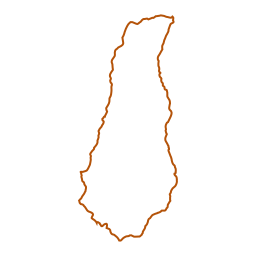 Ancuya, Nariño, Colombia
{"feature_id": "7082276B24246563186016", "entity_name": "Ancuya", "entity_type": "district", "adm_level": 2, "iso_a3": "COL", "parent_name": "Colombia", "parent_adm1": "Nariño", "projection": "natural_earth1", "projection_center": [-77.527, 1.251], "detail": "fine", "context": "isolated", "style": "outline", "palette": "amber", "viewbox_px": 256, "rotation_deg": 0, "n_neighbors": 0, "source": "geoboundaries", "source_scale": "gbopen_adm2", "svg_char_len": 5816}
<svg xmlns="http://www.w3.org/2000/svg" viewBox="0 0 256 256"><path d="M172.4,16.6L171.8,17.3L171.4,17.6L170.5,17.7L169.4,17.5L167.9,17.1L166.3,16.8L164.0,15.9L161.0,15.4L160.6,15.4L159.7,15.7L156.5,16.2L155.8,16.2L153.5,17.9L153.2,17.9L152.6,17.8L152.3,17.8L148.4,19.4L148.2,19.3L147.4,18.7L147.0,18.6L146.3,18.7L144.7,19.0L143.9,19.0L143.3,19.1L142.0,20.1L141.0,21.4L140.4,22.0L139.6,22.4L138.4,23.5L137.5,23.9L137.3,24.0L136.1,23.7L132.5,22.2L131.6,22.1L130.5,22.1L129.1,23.4L128.5,24.0L127.4,25.7L125.9,28.7L124.6,32.2L124.3,33.4L123.7,35.1L123.0,36.6L122.4,37.5L123.2,42.6L123.2,43.5L123.0,44.1L122.4,45.0L121.9,45.4L121.1,46.0L118.4,47.4L117.8,47.9L117.3,48.6L116.1,49.4L115.4,50.2L115.1,50.9L114.8,52.6L114.9,54.6L114.8,55.6L114.7,56.0L114.0,57.1L112.2,59.7L111.8,60.8L111.7,61.5L111.7,62.2L112.4,64.3L112.6,67.3L112.8,68.9L112.9,69.7L112.8,70.0L111.3,72.1L110.2,74.1L110.0,74.9L109.9,75.7L110.0,76.5L110.7,77.9L110.9,78.7L110.8,79.1L110.2,80.4L110.3,81.4L110.5,82.1L110.8,82.7L111.6,83.5L111.7,83.8L111.9,84.4L111.8,85.4L111.5,86.3L111.4,87.2L111.5,90.1L111.4,91.8L111.1,94.3L110.7,95.9L109.5,98.3L109.4,101.3L109.2,102.3L108.8,103.6L107.8,105.5L106.3,107.9L106.2,108.4L106.3,109.0L106.5,110.2L107.0,111.3L107.1,111.6L107.0,111.9L106.3,113.4L105.7,114.6L105.1,115.7L104.9,116.6L104.5,116.5L104.1,116.7L103.9,116.9L103.4,117.8L102.3,119.0L102.5,120.2L103.4,121.1L103.7,121.6L103.7,122.0L103.4,123.2L102.9,124.2L102.2,125.1L101.5,126.7L99.7,128.8L98.6,130.9L98.6,131.4L99.1,133.0L99.1,133.5L98.8,134.6L98.4,135.7L98.6,137.3L98.0,139.3L97.5,140.4L97.5,142.3L97.3,143.1L97.1,143.7L96.2,145.2L95.0,146.7L94.1,147.7L94.0,148.0L94.1,148.7L93.8,149.3L92.0,151.2L90.6,153.2L90.4,153.6L90.2,154.0L90.2,154.4L90.3,154.7L90.9,155.9L90.9,156.3L90.6,157.7L90.8,159.7L90.5,161.7L90.0,164.3L89.7,165.2L88.4,167.9L87.8,169.0L87.3,169.8L86.7,170.5L85.7,171.0L82.7,171.9L80.9,171.8L80.7,171.9L80.7,172.1L80.8,172.4L81.2,173.2L81.2,173.8L81.6,175.2L81.7,175.5L81.4,176.5L81.4,176.9L81.7,178.0L82.0,179.1L82.1,180.0L82.2,180.6L82.4,181.1L82.7,181.5L83.6,182.1L83.9,182.4L84.2,183.3L84.3,184.0L84.4,184.4L84.7,184.9L85.9,186.6L86.0,187.2L85.9,188.9L85.6,189.9L85.5,191.1L85.3,191.5L84.8,192.2L84.6,192.8L84.0,193.9L82.2,196.4L81.2,198.4L79.9,199.6L79.1,200.6L79.3,201.1L79.6,202.4L79.7,202.8L80.7,204.0L80.9,204.1L82.0,204.3L82.9,204.7L83.4,205.1L83.7,205.5L84.0,206.0L85.0,207.0L87.2,210.4L88.0,211.1L88.6,211.5L89.8,211.9L91.6,212.7L92.6,213.5L92.9,214.2L93.0,214.5L92.9,214.9L92.8,215.4L92.3,216.2L91.7,217.6L91.7,217.9L91.7,218.1L92.2,218.6L94.3,220.0L95.1,220.7L96.2,221.9L96.7,222.9L96.8,222.3L97.3,222.1L97.8,222.1L98.5,222.5L99.8,223.4L100.0,224.2L100.2,224.4L100.4,224.5L100.8,225.3L101.2,225.9L101.4,226.1L101.8,226.2L102.4,226.1L104.0,224.6L104.6,224.2L105.9,223.8L106.4,223.8L106.7,224.0L106.9,224.4L107.0,225.1L107.0,225.6L106.6,228.0L109.2,229.0L109.7,229.5L110.2,230.2L110.3,231.1L110.6,232.1L111.2,233.3L111.6,233.8L112.2,234.2L112.7,234.4L113.6,234.6L114.3,234.9L116.6,236.8L117.5,237.7L118.6,239.3L119.2,240.5L120.2,240.6L120.8,240.5L121.5,239.9L123.0,238.3L124.4,237.3L126.0,236.5L126.8,236.3L128.7,236.1L129.8,235.4L131.2,235.3L134.1,236.7L135.6,236.7L136.9,236.6L139.6,236.5L140.1,236.2L140.8,235.5L141.4,235.1L141.6,234.9L142.2,233.7L142.7,233.1L142.9,231.6L144.8,228.5L145.3,226.8L145.2,226.4L145.3,226.1L146.3,225.1L146.9,224.3L147.2,223.7L147.8,222.1L148.1,220.5L148.5,219.5L148.9,218.9L149.5,218.5L150.1,218.1L151.1,216.7L152.2,215.3L152.6,215.0L153.4,214.6L155.2,213.8L157.2,213.2L157.5,212.9L157.9,212.9L159.9,212.1L160.7,211.6L161.6,210.7L161.8,210.6L164.8,210.6L165.0,210.5L165.5,210.1L166.0,209.5L166.3,208.8L166.5,208.3L167.2,207.7L167.6,207.1L167.8,205.0L168.0,204.4L168.6,203.5L169.5,201.9L170.3,200.9L170.3,200.5L170.1,200.0L170.1,199.3L170.1,197.3L170.3,196.1L169.8,194.7L169.8,194.2L170.8,192.6L171.0,191.2L171.7,189.8L172.6,188.4L175.2,186.1L175.5,185.6L176.1,184.6L176.7,182.8L176.9,181.7L176.8,179.7L176.9,179.4L176.6,177.4L176.2,176.5L175.3,175.6L174.8,175.0L174.4,174.1L174.5,173.6L175.3,173.3L175.7,172.8L175.6,171.7L175.8,171.2L175.8,170.9L175.7,169.0L175.5,168.3L175.0,167.3L174.8,166.2L174.6,165.6L174.3,165.3L173.7,164.8L173.2,164.2L172.7,163.4L172.2,162.1L171.7,160.1L171.6,159.1L171.3,158.3L171.1,157.3L170.6,156.3L168.5,150.8L168.5,150.2L168.6,149.6L168.7,149.4L169.0,149.2L169.0,148.8L168.9,148.0L168.5,147.2L168.5,146.1L167.9,145.1L167.3,143.8L165.8,141.2L165.4,140.3L165.3,139.4L165.3,138.3L165.5,137.4L166.4,135.1L166.8,134.2L166.6,133.6L166.2,133.0L165.7,131.0L165.6,130.7L165.8,130.0L166.0,129.4L165.9,128.6L165.7,127.7L165.6,126.6L165.8,125.1L166.3,123.9L166.9,122.8L167.1,122.6L167.8,122.2L168.0,122.1L170.5,116.9L171.0,115.7L171.5,114.0L171.6,112.7L171.3,111.8L171.1,111.2L169.7,109.7L169.3,108.9L169.2,108.4L169.2,107.5L169.7,104.6L170.0,103.6L169.9,101.9L169.7,100.9L169.5,100.2L167.5,96.9L167.4,96.6L167.3,96.0L167.3,94.1L167.3,92.6L166.8,90.4L166.6,90.0L166.5,89.9L165.7,89.7L165.1,89.5L164.9,89.3L164.6,88.8L164.5,87.2L164.2,86.7L162.9,85.7L162.8,85.4L162.9,84.2L162.8,83.4L162.7,83.2L162.4,82.8L161.9,82.4L161.5,81.7L161.3,81.0L161.2,80.0L161.4,78.9L161.4,78.6L161.0,77.9L160.0,76.9L159.5,75.8L159.4,75.0L159.4,74.6L159.6,73.9L160.4,73.0L160.4,72.8L160.2,72.5L159.7,72.3L159.4,72.0L159.2,71.7L159.1,71.3L159.0,70.9L159.3,69.0L159.2,68.3L159.1,67.4L158.5,66.1L158.4,65.2L158.4,63.3L158.6,61.5L158.6,60.8L158.3,60.3L158.0,59.9L157.8,58.8L157.8,58.0L157.9,57.4L158.2,56.4L159.7,54.1L161.0,51.7L162.4,49.3L162.2,48.2L162.2,46.3L162.3,45.7L162.8,44.6L163.5,43.3L164.3,40.1L164.5,39.7L165.0,38.6L165.9,36.2L166.2,35.5L167.1,34.0L168.2,31.8L168.4,31.2L168.6,29.4L170.1,25.2L170.5,24.3L170.9,23.8L171.4,23.5L173.1,22.6L173.4,22.3L173.5,22.1L173.5,21.4L173.0,20.4L173.1,19.8L173.3,18.3L173.3,17.8L172.9,17.1L172.4,16.6Z" fill="none" stroke="#b45309" stroke-width="2"/></svg>